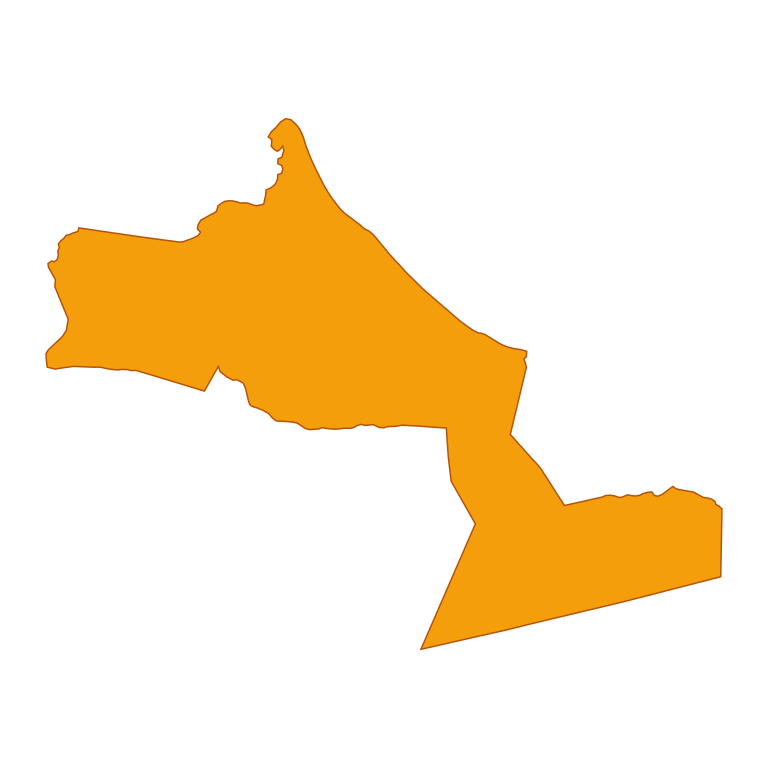 Aracati, Ceará, Brazil
{"feature_id": "56859067B80165921841857", "entity_name": "Aracati", "entity_type": "district", "adm_level": 2, "iso_a3": "BRA", "parent_name": "Brazil", "parent_adm1": "Ceará", "projection": "albers", "projection_center": [-37.699, -4.677], "detail": "fine", "context": "isolated", "style": "filled", "palette": "amber", "viewbox_px": 768, "rotation_deg": 0, "n_neighbors": 0, "source": "geoboundaries", "source_scale": "gbopen_adm2", "svg_char_len": 3568}
<svg xmlns="http://www.w3.org/2000/svg" viewBox="0 0 768 768"><path d="M526.7,351.3L520.7,349.6L513.9,348.6L507.3,346.9L503.0,345.2L499.3,343.3L492.5,339.1L484.9,334.5L481.4,333.3L478.1,332.8L474.5,331.1L471.5,329.3L468.4,327.1L460.2,321.1L455.5,317.1L449.4,311.8L447.1,309.8L436.7,300.9L430.5,295.5L425.5,291.2L421.6,287.7L416.1,282.2L412.3,278.4L407.8,274.0L404.8,270.9L402.5,268.2L398.9,264.4L395.3,260.7L392.4,257.4L389.1,253.9L386.4,250.4L383.9,247.4L379.9,242.6L376.8,238.8L373.2,234.6L368.7,230.9L364.4,228.8L359.7,224.6L356.6,222.3L353.9,220.3L351.4,218.3L348.6,216.3L344.0,212.7L340.1,208.8L335.7,203.2L332.3,198.7L329.9,195.2L327.5,191.4L323.3,184.2L319.4,176.4L314.8,167.2L310.3,157.2L308.3,151.9L306.0,146.0L303.0,136.3L301.4,132.7L299.7,129.2L297.2,125.8L294.6,123.0L290.8,119.7L285.7,118.7L280.5,122.0L276.0,127.4L271.3,131.8L268.2,137.0L271.7,139.4L271.6,142.6L271.3,146.3L274.2,149.4L277.3,151.3L280.1,149.4L282.6,146.2L283.9,150.6L282.8,153.7L281.9,157.2L278.1,158.9L277.8,163.6L281.8,165.6L282.8,168.8L281.6,173.4L277.8,174.6L277.5,179.4L275.7,183.4L273.5,185.9L269.8,188.4L266.2,189.9L265.5,195.9L263.7,204.2L259.8,205.1L256.4,205.8L252.6,204.8L247.8,203.1L244.6,202.9L240.2,203.0L236.7,201.8L232.5,200.9L228.7,200.8L224.9,201.3L221.4,203.3L218.0,205.8L216.5,211.4L213.5,213.3L210.5,214.8L206.5,217.0L200.8,220.2L198.1,224.8L197.4,228.8L200.5,232.3L198.2,235.5L192.4,238.4L183.7,241.5L180.1,242.1L164.4,240.1L146.1,237.6L141.8,237.1L78.8,227.9L78.0,231.5L73.4,232.8L69.4,234.6L66.2,235.3L63.9,238.3L60.8,240.8L58.3,244.0L59.3,247.5L57.8,251.0L58.3,255.8L57.0,259.8L54.5,261.6L51.3,261.1L48.0,263.5L48.4,267.1L51.3,272.2L53.6,276.4L55.5,279.6L54.8,286.7L68.2,319.2L66.3,330.5L62.4,336.5L48.3,349.9L46.1,353.4L46.2,358.6L47.2,367.2L55.3,369.1L58.9,368.4L73.3,366.4L94.1,367.2L98.3,367.1L101.8,367.5L106.7,368.6L111.7,369.4L117.7,369.9L122.3,369.4L128.3,369.7L131.3,370.6L136.4,370.5L182.5,384.4L204.4,391.1L218.3,366.5L220.3,371.9L223.6,374.3L227.1,377.2L229.9,378.5L232.9,380.2L236.7,379.8L240.4,381.5L243.2,383.1L245.5,388.2L247.8,398.2L249.0,402.6L250.5,405.5L253.5,406.9L257.4,408.0L262.4,410.1L268.5,413.4L272.4,417.9L275.7,420.6L278.6,421.2L281.8,421.2L290.1,421.8L296.6,422.9L299.5,424.5L302.5,426.7L305.8,428.7L309.8,429.6L315.0,429.2L319.0,428.9L322.1,427.7L326.1,428.4L330.8,428.9L335.2,429.2L340.3,428.8L344.7,428.2L350.3,428.4L353.8,427.5L357.3,425.4L361.4,424.4L364.9,425.4L368.6,425.1L373.0,424.6L376.3,426.1L379.7,427.6L384.1,427.7L387.1,426.7L390.9,426.5L394.4,426.4L398.7,425.8L402.0,425.1L405.3,425.4L409.8,425.6L415.9,425.9L439.1,427.6L446.3,428.0L448.3,457.2L451.2,481.3L475.4,523.9L471.9,531.9L420.9,649.3L472.7,637.5L507.4,629.7L527.3,624.7L546.0,620.2L552.8,618.6L580.8,611.9L604.5,606.3L626.0,601.1L720.7,576.7L721.9,513.2L721.9,509.0L719.3,506.3L716.0,504.5L714.9,501.4L711.7,499.2L708.0,498.1L702.8,497.2L698.2,494.6L693.3,492.0L690.2,491.5L686.5,490.9L682.7,490.2L679.0,489.6L675.6,488.5L673.0,486.4L670.2,488.4L666.5,491.2L662.1,494.5L657.7,496.2L654.3,495.5L651.8,491.9L647.7,492.3L642.9,493.7L639.7,495.3L635.5,496.0L631.8,495.7L627.6,494.8L624.1,496.3L621.0,497.5L617.8,497.1L615.0,496.0L610.2,495.2L605.7,495.5L602.1,497.1L564.4,505.5L562.8,502.9L560.3,499.1L558.0,495.5L556.1,492.6L554.1,489.4L551.2,484.8L548.8,481.1L546.6,477.6L544.7,474.9L542.4,471.0L539.9,467.5L537.8,465.0L535.6,462.5L532.8,459.6L530.4,456.9L527.5,453.7L525.0,450.9L521.8,447.2L519.2,444.5L516.2,441.1L513.2,437.6L510.3,434.5L526.4,367.2L525.3,362.9L523.9,359.0L526.4,356.7L526.7,351.3Z" fill="#f59e0b" stroke="#b45309" stroke-width="1.5"/></svg>